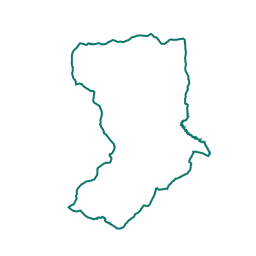 outline of Bixad, Covasna, Romania, rotated 254°
{"feature_id": "2599482B49492640514301", "entity_name": "Bixad", "entity_type": "district", "adm_level": 2, "iso_a3": "ROU", "parent_name": "Romania", "parent_adm1": "Covasna", "projection": "albers", "projection_center": [25.86, 46.11], "detail": "fine", "context": "isolated", "style": "outline", "palette": "teal", "viewbox_px": 256, "rotation_deg": 254, "n_neighbors": 0, "source": "geoboundaries", "source_scale": "gbopen_adm2", "svg_char_len": 5820}
<svg xmlns="http://www.w3.org/2000/svg" viewBox="0 0 256 256"><g transform="rotate(254 128 128)"><path d="M196.8,206.9L197.2,206.9L198.8,205.6L198.9,203.5L199.3,201.8L199.3,200.0L200.1,196.1L201.1,194.4L201.3,193.0L201.3,192.3L200.0,189.8L198.8,186.5L199.6,183.7L200.1,183.1L204.2,181.7L205.4,180.9L206.8,180.7L207.4,180.0L208.1,178.4L208.9,177.8L209.9,177.6L210.7,177.1L211.9,176.1L212.1,175.4L212.0,174.8L211.3,173.2L211.1,172.2L211.2,171.4L213.3,166.2L214.2,162.6L214.2,161.4L213.9,159.3L214.1,157.5L214.0,156.7L212.4,152.9L212.2,149.6L211.8,147.3L212.4,145.8L212.9,145.3L213.2,144.6L213.5,141.8L214.8,140.4L216.7,137.9L216.7,137.0L216.3,136.0L216.1,134.9L216.2,133.9L215.9,133.5L215.9,132.3L215.2,131.0L214.9,129.5L215.0,128.7L215.4,127.1L215.3,126.1L217.2,124.0L217.6,123.1L217.9,117.5L218.3,117.3L218.8,116.2L219.2,115.9L219.0,115.7L218.8,115.2L219.8,113.8L220.3,113.4L220.0,112.5L219.3,111.3L219.3,110.9L221.6,107.6L222.6,105.1L222.2,104.4L221.3,103.5L219.0,100.3L218.1,98.4L217.4,97.1L215.2,95.1L212.8,93.9L209.0,92.9L205.8,91.8L203.1,91.4L202.0,91.8L201.1,91.5L200.2,91.1L198.4,90.8L196.7,89.9L196.5,89.5L195.1,89.2L193.7,89.3L192.0,89.1L190.3,89.4L188.8,90.3L187.5,90.6L185.2,90.2L184.1,90.2L184.2,91.1L184.1,91.5L184.2,92.5L184.1,93.4L183.7,94.3L183.2,94.8L182.9,95.7L181.9,96.0L179.1,97.6L178.4,98.4L177.0,99.4L176.4,100.4L174.6,101.5L173.6,102.8L173.4,103.5L173.3,104.6L173.0,105.0L171.4,105.6L169.9,104.6L167.6,103.8L165.5,102.7L163.8,102.1L162.3,102.3L161.2,102.8L159.9,104.2L156.9,106.7L155.0,106.7L154.3,107.0L150.5,107.3L146.6,105.9L145.2,104.9L144.7,104.7L143.7,103.9L140.1,103.0L139.0,102.1L137.7,102.6L136.1,102.5L133.3,103.6L130.2,103.8L129.8,103.4L129.5,103.4L127.7,105.0L127.2,105.3L123.4,106.9L122.1,107.2L120.0,108.3L118.5,108.8L117.3,109.7L116.3,110.0L114.4,109.7L112.9,110.0L112.0,109.2L110.6,108.5L110.2,107.8L108.5,106.3L107.5,104.5L107.5,104.1L107.8,103.3L107.4,102.9L106.2,102.7L105.1,103.2L104.4,103.8L104.0,103.9L102.6,103.4L100.0,101.5L99.8,101.1L99.8,100.4L100.6,97.2L100.4,94.6L98.5,90.1L97.9,87.9L97.5,87.5L96.7,87.2L93.1,86.2L91.2,85.2L89.8,83.7L89.1,82.7L88.2,82.0L87.9,81.5L87.8,81.0L88.0,79.9L87.7,78.8L87.5,77.3L87.9,75.4L88.1,73.0L87.6,71.4L87.0,70.3L87.0,69.1L86.7,67.9L85.4,65.7L83.6,62.9L82.2,61.6L80.9,61.1L79.0,60.8L76.7,59.1L75.3,59.4L74.3,59.2L72.4,57.3L70.5,55.8L69.7,54.8L69.4,53.4L69.3,51.9L68.1,49.1L65.4,50.9L63.5,52.6L61.9,55.6L61.8,57.0L61.9,59.1L61.6,59.6L55.5,62.7L54.9,63.4L53.1,64.8L51.6,67.5L50.9,67.9L50.4,69.0L49.7,69.9L49.6,70.3L49.8,72.6L49.1,73.5L49.5,73.9L50.0,74.0L50.2,74.4L49.9,75.7L49.6,76.4L49.1,77.0L48.9,77.5L49.7,78.7L49.0,79.7L48.5,79.8L48.0,80.7L47.2,80.7L46.6,81.1L46.4,81.1L46.4,80.7L46.0,80.5L44.8,80.4L44.0,80.9L43.7,81.2L43.5,81.8L43.0,82.0L42.8,82.5L41.8,83.4L41.8,83.9L41.0,84.1L40.8,84.7L40.2,84.9L39.8,85.5L39.0,86.0L38.0,87.1L36.6,88.2L36.4,88.6L34.8,89.3L33.8,91.5L33.4,93.2L33.8,94.3L33.8,96.1L34.0,96.5L35.2,98.0L35.7,98.3L36.6,99.4L37.3,100.8L39.2,103.6L39.7,105.6L40.1,106.3L41.0,109.3L43.3,111.2L43.6,113.4L43.9,114.5L45.7,117.7L46.4,118.0L47.2,119.3L48.9,121.3L49.2,122.0L47.5,125.3L47.9,126.7L48.5,127.7L54.2,132.8L55.2,134.0L57.8,136.0L61.9,138.1L62.0,139.5L60.3,140.3L59.4,145.3L59.1,148.9L58.8,149.1L60.8,150.6L61.4,151.2L62.9,153.9L64.3,155.8L64.5,156.2L64.7,157.9L65.3,158.2L66.2,159.8L65.9,160.7L65.8,161.5L66.0,161.8L66.2,163.9L66.8,164.5L66.6,164.9L66.6,165.9L67.0,167.0L67.3,168.3L67.4,169.6L67.7,170.2L67.8,172.1L68.0,172.6L68.4,173.2L69.4,174.1L69.9,175.2L70.9,176.5L74.6,178.0L76.4,179.1L78.7,177.5L82.0,179.7L82.1,180.2L83.0,181.3L84.2,182.1L85.4,183.6L86.4,184.1L87.2,184.2L86.5,186.7L83.2,192.7L78.9,197.4L79.7,198.2L79.8,198.6L80.3,198.9L80.6,199.6L81.1,199.4L81.6,199.4L82.1,200.0L83.0,199.6L83.5,199.3L84.6,199.2L85.1,198.9L85.4,199.0L86.3,198.8L86.7,198.9L87.0,198.5L89.0,198.2L89.2,197.9L89.7,198.2L90.2,197.8L91.8,197.6L92.1,197.4L93.3,197.7L93.2,197.3L94.2,196.5L94.2,196.1L94.0,195.6L94.3,195.5L94.4,195.1L94.9,194.5L94.9,193.8L95.5,193.3L95.7,193.8L96.1,193.7L96.5,194.0L96.4,193.7L97.2,193.4L97.3,192.9L97.5,192.4L98.9,191.6L99.0,190.8L99.6,191.3L100.2,191.1L100.4,190.3L100.2,190.0L100.5,189.9L100.3,189.7L100.5,189.5L100.3,189.3L100.8,189.2L101.0,188.9L101.0,188.5L101.2,188.4L101.2,187.8L101.4,187.6L101.6,187.6L101.7,187.4L101.9,187.5L102.7,187.4L103.4,186.7L104.0,186.5L103.9,186.0L104.4,185.9L104.5,185.5L104.8,185.5L105.0,185.2L105.4,185.0L105.5,184.1L106.0,184.2L106.2,184.7L106.4,184.8L106.8,184.5L106.9,183.5L107.1,183.3L107.3,183.3L107.5,183.6L107.9,183.7L108.2,183.3L109.1,183.1L109.2,182.9L109.4,183.3L109.7,182.9L110.3,183.2L110.6,182.8L110.8,182.1L111.5,182.0L111.8,181.8L112.6,182.2L112.4,181.8L112.9,181.3L113.2,181.3L113.3,181.1L114.3,181.3L114.2,181.1L114.4,181.0L114.5,180.6L115.4,180.8L115.4,180.6L115.7,180.5L116.1,179.7L116.4,179.6L116.8,179.9L116.7,180.2L116.9,180.4L116.9,180.9L117.2,180.9L117.6,181.2L118.0,181.0L118.0,181.3L118.5,181.6L118.7,181.9L119.1,181.9L119.0,182.3L119.4,182.4L119.3,182.6L119.4,182.8L119.4,183.2L119.5,183.6L119.5,183.9L119.7,184.0L119.4,184.4L119.4,185.1L119.7,185.4L119.7,186.2L120.7,187.2L121.1,187.9L122.3,188.5L122.7,188.5L122.8,189.1L123.4,188.7L124.5,189.0L124.7,188.9L125.0,189.3L125.6,189.6L126.1,189.3L127.5,189.5L128.0,189.9L129.6,190.1L131.8,190.8L132.7,191.4L133.6,191.5L133.9,191.8L135.0,190.9L135.2,190.2L135.8,189.7L137.0,190.0L138.2,190.5L139.7,190.5L141.8,192.0L143.5,192.3L144.8,192.8L145.1,193.2L145.8,193.6L147.1,194.8L148.0,195.4L148.5,196.3L150.8,196.5L152.8,197.9L153.3,198.7L154.2,199.3L157.0,199.7L158.6,199.5L160.0,200.1L160.7,200.2L164.6,199.7L166.5,199.1L168.5,199.2L170.6,199.8L172.4,201.0L174.7,201.5L175.7,201.4L180.2,202.4L182.8,203.9L183.7,204.0L185.8,204.8L188.0,204.8L191.9,206.0L193.0,205.8L193.4,206.1L194.3,206.2L194.6,206.5L196.1,206.5L196.8,206.9Z" fill="none" stroke="#0f766e" stroke-width="2"/></g></svg>